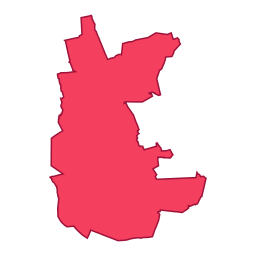 outline of Huimilpan, Querétaro, Mexico
{"feature_id": "50627088B5826764416597", "entity_name": "Huimilpan", "entity_type": "district", "adm_level": 2, "iso_a3": "MEX", "parent_name": "Mexico", "parent_adm1": "Querétaro", "projection": "natural_earth1", "projection_center": [-100.316, 20.419], "detail": "fine", "context": "isolated", "style": "filled", "palette": "rose", "viewbox_px": 256, "rotation_deg": 0, "n_neighbors": 0, "source": "geoboundaries", "source_scale": "gbopen_adm2", "svg_char_len": 5546}
<svg xmlns="http://www.w3.org/2000/svg" viewBox="0 0 256 256"><path d="M60.5,220.8L62.2,223.0L62.4,223.1L64.8,225.3L65.6,225.8L67.1,226.8L67.6,226.7L73.7,226.2L74.0,226.3L74.3,226.5L74.3,226.9L74.8,227.5L75.3,228.0L76.3,229.1L76.8,229.6L77.6,230.5L78.6,231.5L81.2,233.9L82.5,235.0L84.5,236.4L86.4,237.6L87.3,238.2L87.8,237.0L89.0,234.6L90.7,230.1L101.5,234.2L103.0,234.9L112.2,238.4L117.9,240.6L118.0,240.6L119.2,240.6L120.1,240.5L122.4,240.4L125.8,240.1L128.8,239.4L129.2,239.2L130.8,238.8L133.7,238.2L135.4,238.0L135.7,238.0L136.6,237.9L137.1,237.8L138.4,237.7L139.8,238.0L140.4,238.0L141.1,238.1L142.8,237.6L143.5,237.5L147.8,237.4L149.3,237.2L150.2,237.0L150.9,236.9L152.4,236.7L154.8,229.9L156.5,225.9L157.1,224.2L157.5,223.4L158.6,220.4L159.4,216.3L159.7,214.3L159.0,213.6L158.7,212.9L158.0,212.9L158.0,211.7L160.1,211.5L160.4,210.0L175.0,211.7L176.3,211.7L181.3,212.4L181.7,212.4L182.0,212.5L182.5,212.3L187.0,209.4L188.4,208.1L188.2,207.8L188.5,207.0L188.5,205.5L188.8,205.5L189.0,205.6L189.1,205.9L189.0,206.4L189.1,206.5L189.4,206.6L194.7,204.2L195.2,204.4L195.4,204.7L197.5,203.7L200.9,196.8L201.5,196.2L201.8,196.4L206.0,178.4L203.4,176.2L202.9,176.3L202.4,176.5L201.1,176.4L200.6,176.8L200.5,176.7L200.4,176.6L199.8,174.9L199.6,174.7L198.4,174.2L197.6,173.4L197.0,172.4L196.0,177.6L175.1,178.5L159.8,179.2L156.6,179.2L155.2,176.4L156.7,174.7L152.9,168.9L158.5,165.8L158.5,165.5L158.0,161.6L157.8,160.5L157.9,158.5L157.7,157.7L157.7,157.3L159.1,157.3L159.8,157.4L160.0,157.5L161.0,157.2L162.8,157.3L163.4,157.3L163.3,157.7L164.9,157.8L165.6,157.7L170.3,158.0L172.9,154.8L172.5,154.1L172.4,154.1L170.8,151.1L170.0,149.7L168.7,150.1L166.6,150.7L161.5,151.0L161.5,149.8L160.8,148.1L159.9,146.9L158.8,145.5L157.7,143.9L157.5,143.5L157.1,142.9L156.2,143.3L156.5,146.2L147.2,148.9L144.2,149.8L143.7,148.5L143.0,147.4L142.8,146.4L139.1,145.9L138.7,144.8L138.5,143.8L138.2,143.0L138.0,141.8L137.8,141.6L137.5,141.5L137.1,141.2L137.0,140.8L136.9,140.4L137.0,140.0L136.9,139.8L136.6,139.8L136.6,139.1L137.1,138.8L137.2,138.6L137.4,138.3L137.3,138.2L137.5,137.7L137.4,137.3L137.0,136.8L136.7,136.2L136.8,135.6L137.0,135.6L137.3,135.0L137.8,134.5L138.0,134.0L138.9,133.6L138.3,133.0L138.0,131.9L137.7,131.5L137.5,131.3L137.3,131.2L137.2,131.0L137.3,130.8L137.6,130.5L137.9,130.5L138.3,130.4L138.5,130.2L139.0,129.6L137.6,125.8L136.0,122.1L134.7,118.5L133.9,116.4L133.5,115.1L127.9,107.2L127.4,106.2L126.5,104.3L125.7,102.7L124.2,103.3L124.4,102.4L125.6,101.8L128.4,101.8L128.7,101.8L133.4,101.9L142.5,101.9L152.4,96.2L151.5,93.9L150.2,94.2L149.1,93.1L150.1,92.7L150.4,92.7L151.8,92.2L154.2,92.8L154.4,93.3L155.0,93.2L155.2,93.9L156.4,94.1L157.3,94.8L157.9,95.1L158.7,95.4L159.9,94.9L160.5,94.8L156.7,78.7L159.6,70.2L159.8,70.3L161.0,69.5L161.5,69.0L161.7,68.8L164.0,63.3L164.8,60.9L165.3,59.5L165.5,58.0L165.7,57.0L171.9,56.5L173.6,53.0L174.1,50.9L178.4,46.2L180.4,44.0L179.1,41.7L179.0,39.6L177.5,37.9L173.3,39.4L171.2,32.9L167.3,34.5L156.0,32.9L155.7,33.0L147.9,37.6L135.6,40.0L132.6,41.5L128.8,41.9L122.7,43.6L121.8,52.1L121.4,54.7L121.0,54.5L120.7,54.4L119.3,54.4L118.4,54.6L118.1,54.8L117.7,55.2L117.1,55.1L116.8,55.2L116.6,55.3L116.1,55.7L115.3,56.4L114.2,57.6L110.5,58.3L110.3,58.4L109.8,58.7L107.6,59.4L106.9,57.7L105.5,54.5L100.9,43.2L100.4,42.1L99.8,40.7L98.9,38.1L98.1,36.6L96.3,31.9L96.3,31.7L96.0,31.3L95.9,31.1L95.5,30.7L95.0,30.1L94.9,29.8L94.8,29.4L94.7,28.2L94.7,27.9L94.7,27.6L94.7,27.3L94.7,27.0L94.8,25.8L94.8,25.2L94.9,24.7L94.9,24.4L94.8,24.1L94.6,23.6L94.5,23.4L94.3,23.3L94.1,22.9L93.7,22.2L93.5,21.8L93.4,21.5L93.1,20.7L92.8,20.2L92.7,20.0L92.5,19.8L92.4,19.5L92.4,19.3L92.3,19.0L92.1,18.5L92.1,18.2L91.9,17.6L91.8,17.3L91.8,17.1L91.9,16.8L91.9,16.5L91.8,16.3L91.7,16.0L91.5,15.9L91.1,15.4L89.4,16.0L81.1,17.7L82.0,34.5L79.5,35.7L79.5,36.1L79.4,36.3L79.3,36.5L79.2,36.7L78.8,37.1L78.6,37.2L78.4,37.4L77.7,37.7L77.2,37.8L76.9,37.8L76.7,37.8L75.0,38.1L64.7,40.4L65.5,41.2L68.0,52.8L69.9,60.8L69.1,62.2L70.1,62.6L73.0,69.9L72.9,70.3L75.2,71.6L67.7,72.6L60.7,72.8L59.5,73.6L57.5,74.1L57.5,74.4L57.5,74.6L57.6,75.0L57.6,75.6L58.1,78.0L58.2,78.3L58.4,78.6L58.6,78.8L58.9,78.9L59.2,78.9L59.2,79.5L59.4,80.2L59.1,80.6L59.2,80.8L59.7,83.4L59.9,83.5L60.0,83.6L60.4,85.0L60.6,85.5L60.9,85.5L60.8,88.8L60.9,89.1L61.4,91.4L61.7,91.4L62.1,91.6L62.3,92.0L62.9,93.9L62.9,94.3L63.4,95.5L63.5,95.8L63.6,96.6L63.6,97.1L63.4,97.4L62.7,97.8L62.4,98.4L61.9,98.5L60.7,98.3L61.8,102.0L61.7,102.7L61.7,103.5L60.9,105.6L61.1,106.5L61.5,106.7L61.3,107.7L62.7,109.4L62.8,110.3L62.5,111.0L62.5,111.3L62.4,111.4L62.4,111.8L62.2,112.2L62.2,112.6L62.0,113.2L61.4,113.3L61.5,114.1L61.2,114.1L61.0,114.8L60.7,114.9L60.6,114.6L60.2,114.9L60.5,115.3L60.0,115.3L60.0,115.6L59.3,115.5L59.4,116.1L58.9,116.5L58.7,117.8L59.0,118.3L58.9,119.0L58.5,119.4L58.4,122.5L59.7,125.0L60.5,126.4L61.1,127.9L62.8,130.7L60.8,132.0L60.5,132.1L60.3,132.2L56.6,134.6L56.2,134.9L55.1,135.6L51.4,138.3L51.2,165.7L51.7,166.0L52.4,166.5L55.3,168.5L57.7,170.2L60.1,171.8L61.0,172.4L63.1,174.1L60.1,174.6L58.5,175.1L58.0,175.2L57.2,175.4L56.3,175.7L55.2,176.0L53.4,176.4L52.7,176.5L51.9,176.5L51.0,176.8L50.0,177.2L50.0,177.3L50.4,177.6L51.0,178.0L51.1,178.4L51.5,178.7L51.8,179.1L51.7,179.6L51.9,180.0L52.7,181.4L53.0,181.7L53.1,182.1L53.3,182.2L53.9,182.5L54.6,183.5L55.4,184.9L55.7,185.2L56.0,186.0L56.6,186.2L56.7,187.8L57.0,188.1L57.0,188.6L57.3,190.4L57.2,192.3L57.6,194.0L57.7,194.4L57.8,195.0L57.9,195.7L58.1,197.0L58.5,197.5L58.7,197.8L58.8,197.8L58.4,202.6L57.7,208.9L57.8,209.5L58.0,216.4L58.5,217.4L60.5,220.8Z" fill="#f43f5e" stroke="#9f1239" stroke-width="1.5"/></svg>